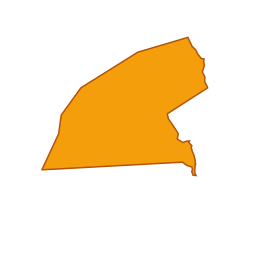 outline of Sulphur Springs, Soufrière, Saint Lucia, rotated 160°
{"feature_id": "8701671B77198875782479", "entity_name": "Sulphur Springs", "entity_type": "district", "adm_level": 2, "iso_a3": "LCA", "parent_name": "Saint Lucia", "parent_adm1": "Soufrière", "projection": "mercator", "projection_center": [-61.049, 13.841], "detail": "fine", "context": "isolated", "style": "filled", "palette": "amber", "viewbox_px": 256, "rotation_deg": 160, "n_neighbors": 0, "source": "geoboundaries", "source_scale": "gbopen_adm2", "svg_char_len": 753}
<svg xmlns="http://www.w3.org/2000/svg" viewBox="0 0 256 256"><g transform="rotate(160 128 128)"><path d="M76.8,71.0L76.5,73.1L76.4,73.7L75.9,74.7L75.5,78.4L75.4,79.6L75.4,80.2L75.6,84.0L75.2,87.8L75.1,88.2L74.1,89.5L75.9,93.8L74.6,94.7L77.2,95.6L81.3,95.6L85.5,100.6L84.8,101.9L82.7,105.6L84.8,115.0L86.9,122.9L86.2,127.9L79.7,129.4L39.5,138.5L39.4,139.8L40.1,145.1L38.3,149.9L39.0,155.2L35.0,160.5L33.9,165.3L32.9,166.8L35.4,168.3L37.2,173.6L37.6,178.1L39.8,182.6L40.5,189.3L40.8,192.7L92.9,195.9L158.4,181.9L186.3,163.0L195.2,146.2L223.1,118.3L222.7,118.0L89.6,77.6L87.8,76.6L87.8,76.3L85.7,72.9L81.5,69.6L81.5,67.1L83.0,65.3L83.0,61.3L80.3,60.1L80.6,62.5L79.7,65.6L77.1,71.1L76.8,71.0Z" fill="#f59e0b" stroke="#b45309" stroke-width="1.5"/></g></svg>